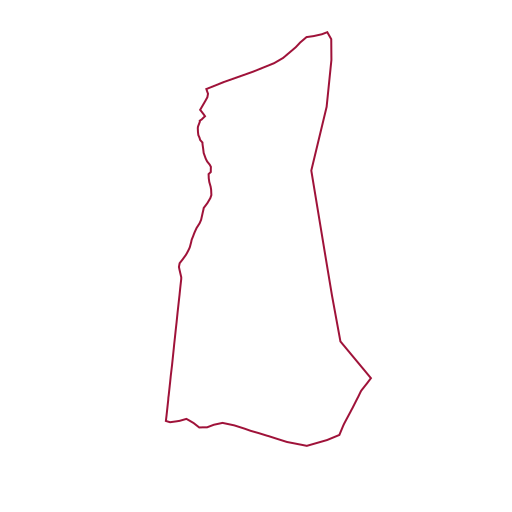 Derniere Riviere/Mardi Gras/Morne Caca Cochon, Dennery, Saint Lucia (Albers equal-area conic projection), rotated 164°
{"feature_id": "8701671B53380311765902", "entity_name": "Derniere Riviere/Mardi Gras/Morne Caca Cochon", "entity_type": "district", "adm_level": 2, "iso_a3": "LCA", "parent_name": "Saint Lucia", "parent_adm1": "Dennery", "projection": "albers", "projection_center": [-60.919, 13.963], "detail": "fine", "context": "isolated", "style": "outline", "palette": "rose", "viewbox_px": 512, "rotation_deg": 164, "n_neighbors": 0, "source": "geoboundaries", "source_scale": "gbopen_adm2", "svg_char_len": 2034}
<svg xmlns="http://www.w3.org/2000/svg" viewBox="0 0 512 512"><g transform="rotate(164 256 256)"><path d="M257.7,430.2L257.6,427.7L257.4,425.2L259.0,422.0L262.0,419.0L269.4,411.9L267.4,407.0L266.8,405.3L266.5,404.4L269.2,403.0L270.6,402.2L271.7,401.9L272.8,401.5L272.9,400.9L273.0,400.5L276.0,396.5L276.3,395.9L276.7,395.0L277.6,391.2L278.1,388.1L277.7,385.3L277.7,383.0L276.6,380.6L276.2,379.9L276.6,378.2L277.2,373.8L277.9,369.4L277.5,363.5L277.2,361.8L276.9,360.3L276.1,358.4L275.3,356.5L274.8,354.1L275.2,352.9L275.6,351.6L276.3,349.2L279.0,347.8L279.5,345.7L280.0,343.7L280.1,342.9L280.4,340.7L280.5,340.2L280.5,339.7L280.5,335.2L280.7,333.4L280.9,331.9L282.1,326.9L283.9,324.3L284.1,324.1L288.2,320.2L290.2,318.7L293.0,316.6L293.9,314.8L294.1,314.5L298.8,305.9L301.2,303.0L305.4,299.3L308.4,295.8L309.8,294.0L310.3,293.3L311.1,292.2L313.1,289.7L313.6,288.9L314.5,287.2L317.0,283.0L317.9,281.8L319.5,280.0L321.7,277.7L323.3,276.2L327.8,272.7L329.9,271.2L331.4,270.1L333.1,266.7L333.3,264.2L333.5,260.5L333.7,256.2L334.1,254.9L334.2,254.5L337.3,247.0L340.3,239.5L341.3,237.1L347.0,223.2L350.6,214.2L353.4,207.4L356.6,199.5L359.1,193.4L360.4,190.1L366.8,174.2L370.8,164.7L373.2,158.7L378.3,146.2L379.2,144.2L380.1,141.7L386.1,127.0L388.1,122.3L386.0,120.9L384.4,119.9L378.1,119.0L374.9,118.6L367.8,118.6L365.9,116.7L362.0,112.6L358.9,108.3L357.8,106.8L355.3,106.2L350.3,104.8L343.0,105.4L334.2,104.8L332.1,103.7L323.6,99.2L314.6,93.2L309.3,89.4L302.2,85.0L294.9,80.2L293.7,79.5L287.0,75.0L277.5,68.7L270.2,65.0L267.1,63.4L264.3,62.0L259.5,59.5L252.3,59.5L242.9,59.5L238.4,59.5L225.2,61.0L218.9,68.9L217.6,70.4L215.1,73.0L208.2,80.1L206.8,81.6L205.3,83.1L197.8,91.2L196.8,92.2L195.2,94.0L192.7,96.8L192.0,97.5L191.2,98.1L188.3,100.2L184.5,102.9L179.2,106.9L198.4,150.6L193.8,197.5L189.4,235.9L179.3,322.9L147.0,379.9L129.5,423.6L123.9,443.7L125.8,451.5L131.5,451.0L140.0,451.5L147.1,452.5L154.6,449.1L160.3,445.7L175.4,438.9L185.3,436.4L207.9,434.0L239.1,432.1L257.7,430.2Z" fill="none" stroke="#9f1239" stroke-width="2"/></g></svg>